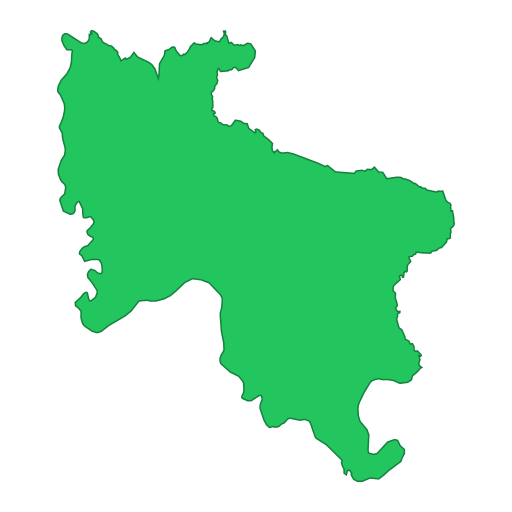 Khoelenya, Mohale's Hoek, Lesotho (Equal Earth projection)
{"feature_id": "5366337B9644670448784", "entity_name": "Khoelenya", "entity_type": "district", "adm_level": 2, "iso_a3": "LSO", "parent_name": "Lesotho", "parent_adm1": "Mohale's Hoek", "projection": "equal_earth", "projection_center": [27.429, -30.302], "detail": "fine", "context": "isolated", "style": "filled", "palette": "green", "viewbox_px": 512, "rotation_deg": 0, "n_neighbors": 0, "source": "geoboundaries", "source_scale": "gbopen_adm2", "svg_char_len": 5869}
<svg xmlns="http://www.w3.org/2000/svg" viewBox="0 0 512 512"><path d="M384.1,474.8L388.3,470.8L401.0,461.3L402.1,457.7L404.4,453.6L404.4,449.5L400.3,445.9L397.6,440.4L394.6,439.6L387.7,442.0L377.0,453.6L373.4,454.4L368.5,453.0L368.0,449.8L368.8,435.0L367.0,429.7L360.1,421.5L358.3,415.9L357.9,408.4L358.4,404.9L359.5,401.9L363.9,392.8L370.0,382.7L371.8,380.8L375.4,379.4L379.1,378.7L382.4,379.6L387.9,379.6L393.3,380.4L399.9,383.3L407.7,382.3L411.3,380.0L412.5,375.8L417.5,371.6L420.3,368.2L421.8,367.5L419.3,365.5L418.8,363.7L419.9,359.7L419.0,355.9L420.7,356.3L421.3,355.1L417.4,350.9L415.8,351.3L414.2,350.5L413.9,346.5L412.4,343.6L410.3,344.2L408.9,341.1L405.2,339.2L404.7,336.3L401.7,329.6L399.2,328.1L398.3,325.6L396.6,319.0L397.5,316.6L397.5,314.5L398.1,313.5L399.8,312.7L399.9,311.4L397.7,311.6L395.8,309.1L395.8,307.6L397.2,306.0L397.0,303.5L395.3,297.8L395.5,293.2L393.0,290.7L393.1,287.4L393.8,285.5L400.3,279.6L399.4,276.1L400.8,275.3L402.1,275.3L402.5,277.3L403.5,277.1L404.1,272.5L405.2,271.3L406.5,271.9L407.2,270.9L407.2,266.5L408.0,264.4L410.5,261.9L410.5,260.6L409.1,258.5L409.1,256.7L412.4,256.2L414.3,254.1L415.6,254.1L416.3,252.1L422.6,252.9L430.6,253.1L432.0,251.2L436.6,250.4L439.1,248.1L441.6,247.5L446.5,242.0L447.2,238.7L449.1,238.7L450.4,237.8L450.2,233.9L451.0,232.2L450.5,228.6L453.4,226.1L454.3,223.6L453.7,220.9L453.8,218.2L452.4,210.7L451.0,211.1L450.6,207.1L450.9,204.8L449.9,203.3L447.4,202.1L445.7,199.8L442.7,191.0L440.4,191.4L438.2,191.0L436.6,192.1L426.7,190.0L425.3,188.3L422.7,188.3L420.9,186.8L419.2,186.8L415.4,183.5L414.0,183.5L409.8,180.6L405.7,179.1L403.5,178.9L400.7,177.4L397.1,177.2L386.8,178.7L382.8,172.4L378.6,172.0L374.4,167.1L371.6,169.6L367.2,169.3L365.3,171.2L361.7,170.3L356.2,171.0L354.4,173.4L335.4,171.9L327.5,165.5L325.3,166.6L318.7,163.5L293.0,153.8L287.2,152.5L282.9,153.1L280.8,152.7L278.8,151.8L277.4,149.8L276.1,151.2L275.0,151.4L274.3,152.9L272.2,150.5L272.0,146.8L272.5,143.5L268.7,139.7L263.6,135.8L262.9,133.3L261.1,132.7L259.1,130.0L256.7,129.1L255.2,129.6L256.0,132.0L255.0,132.9L248.9,128.5L247.1,123.6L243.8,123.5L240.8,121.2L235.3,120.2L232.1,124.7L230.7,126.0L228.6,126.4L227.3,125.0L223.0,124.7L220.9,123.0L218.7,122.5L217.7,120.6L217.4,118.6L215.9,116.6L214.2,115.9L213.4,113.7L215.2,113.1L214.7,111.8L213.2,110.7L212.1,110.7L211.8,108.7L212.9,107.1L212.7,100.7L212.1,98.5L212.7,96.8L211.4,94.4L211.4,92.2L213.4,90.8L214.7,88.4L214.7,86.2L216.9,83.6L217.7,80.7L216.5,77.2L217.5,75.0L217.0,71.7L218.4,68.4L219.4,69.3L220.5,71.5L228.3,70.8L229.8,69.7L231.1,69.9L232.4,69.0L233.2,67.7L235.5,67.3L238.5,70.6L248.6,67.5L254.7,57.6L255.4,51.0L251.0,44.2L249.4,43.5L247.4,43.3L243.1,45.7L240.8,44.8L239.3,45.5L238.0,44.6L234.2,45.3L231.3,42.4L228.9,43.3L226.8,36.2L225.2,34.1L225.7,32.1L225.3,31.0L223.5,31.2L224.3,33.3L223.6,36.6L221.3,38.6L219.3,41.8L214.7,40.8L211.2,37.7L210.5,38.5L210.2,40.0L209.3,41.5L208.3,42.6L207.3,42.8L207.2,43.5L206.2,43.1L204.8,43.8L203.8,43.4L202.2,44.7L196.4,44.2L194.1,42.9L190.2,46.9L189.8,48.4L187.1,52.5L184.6,54.6L183.7,54.1L182.5,55.4L180.5,55.7L179.7,55.2L176.2,50.9L174.8,47.5L174.0,46.9L173.0,47.4L172.3,47.0L169.2,49.4L165.2,50.7L164.9,51.1L164.7,54.1L164.1,55.8L159.5,63.8L159.0,74.6L158.3,78.4L154.9,68.8L151.8,64.6L148.9,62.4L137.6,57.0L133.9,52.4L130.6,57.1L127.9,58.6L125.8,59.1L125.3,58.0L121.0,60.9L119.4,57.1L117.5,54.3L117.9,52.4L116.3,50.5L115.9,50.7L115.4,49.8L114.2,49.4L114.0,48.4L111.6,46.1L109.2,45.7L103.4,42.6L102.1,41.4L101.3,39.1L99.9,37.9L98.5,37.4L98.0,35.0L97.2,33.7L93.5,31.0L91.4,30.7L91.4,31.4L90.8,31.8L91.6,33.1L90.6,32.7L91.0,34.0L90.1,34.9L89.3,34.5L89.3,38.1L88.7,40.3L86.8,42.4L84.7,43.4L81.7,43.1L67.6,34.0L64.7,33.7L62.8,35.2L62.0,37.4L61.8,40.3L64.0,45.6L66.8,49.7L71.5,49.9L72.4,50.7L71.7,55.3L71.5,61.2L70.1,67.9L66.9,73.8L61.2,80.2L58.4,85.8L57.7,89.5L57.9,91.8L60.5,95.1L64.3,103.8L64.7,108.2L64.5,110.9L63.2,117.2L60.8,123.4L59.5,125.8L59.4,127.9L62.2,132.9L62.7,138.6L65.1,147.8L65.3,150.5L64.6,155.1L61.4,160.1L58.3,169.1L58.2,171.5L58.5,174.4L60.4,179.3L61.7,181.5L64.9,184.6L65.7,187.5L64.7,193.8L60.7,197.8L60.0,199.3L59.9,200.8L63.4,211.1L70.2,214.3L72.8,213.8L74.3,212.4L75.0,210.5L75.0,206.3L75.4,205.2L77.6,201.8L79.2,201.5L82.6,208.6L82.9,214.5L83.5,217.6L86.1,217.8L90.5,216.5L93.4,219.9L94.1,222.0L93.3,224.0L90.1,228.0L87.4,230.4L86.9,231.8L88.0,234.6L89.9,236.1L92.9,237.4L93.3,238.3L93.1,239.7L87.6,245.8L84.4,246.6L82.3,248.2L79.9,251.4L79.4,253.2L79.7,254.2L81.7,255.5L84.7,261.4L90.9,259.6L96.9,259.4L99.4,260.0L101.5,263.5L102.2,268.1L102.1,272.3L101.0,273.7L97.7,273.1L95.0,270.6L91.0,269.2L88.6,271.6L87.4,274.4L87.8,277.4L92.3,282.9L97.1,290.5L97.2,292.7L95.5,297.4L91.1,300.7L89.7,300.7L88.9,299.7L87.4,293.3L86.9,292.4L85.7,292.4L83.4,293.9L80.8,297.4L75.3,302.4L75.5,305.8L78.4,307.9L81.1,311.3L81.0,317.7L82.1,322.1L83.2,324.5L84.7,326.1L92.1,331.2L96.7,332.6L98.5,332.4L101.5,331.2L108.9,325.4L125.1,315.9L131.1,311.0L138.7,301.3L141.1,300.7L147.3,300.3L150.4,301.0L156.0,301.0L164.1,298.8L170.4,295.6L175.9,291.0L184.9,282.4L192.5,278.7L201.2,279.8L209.2,282.9L220.3,294.6L222.1,297.8L222.3,299.8L221.8,307.2L220.3,313.2L220.3,315.5L221.4,331.0L223.8,343.3L224.0,350.3L221.3,354.9L220.2,357.8L220.0,361.2L221.0,363.8L230.6,372.3L238.8,376.3L243.0,381.6L243.6,383.2L244.0,389.9L243.6,392.5L241.9,396.3L241.9,397.7L242.9,398.6L247.5,400.7L251.2,400.7L259.1,395.6L260.1,395.3L261.4,395.8L262.3,399.1L260.4,403.9L260.0,408.1L264.0,420.1L266.7,425.0L269.5,427.5L272.6,426.6L275.1,427.1L278.4,426.7L281.9,423.8L284.2,422.9L288.0,418.7L289.9,418.2L300.0,420.2L304.7,419.4L308.4,420.6L309.5,421.4L310.6,423.5L315.1,436.6L316.1,438.2L326.5,444.8L342.1,460.2L341.5,462.5L342.1,465.0L344.1,469.4L344.1,473.2L346.4,474.8L347.4,470.5L349.7,470.3L351.7,473.4L351.2,474.8L353.6,479.2L357.5,481.3L362.1,481.3L370.0,478.0L378.7,478.9L384.1,474.8Z" fill="#22c55e" stroke="#15803d" stroke-width="1.5"/></svg>